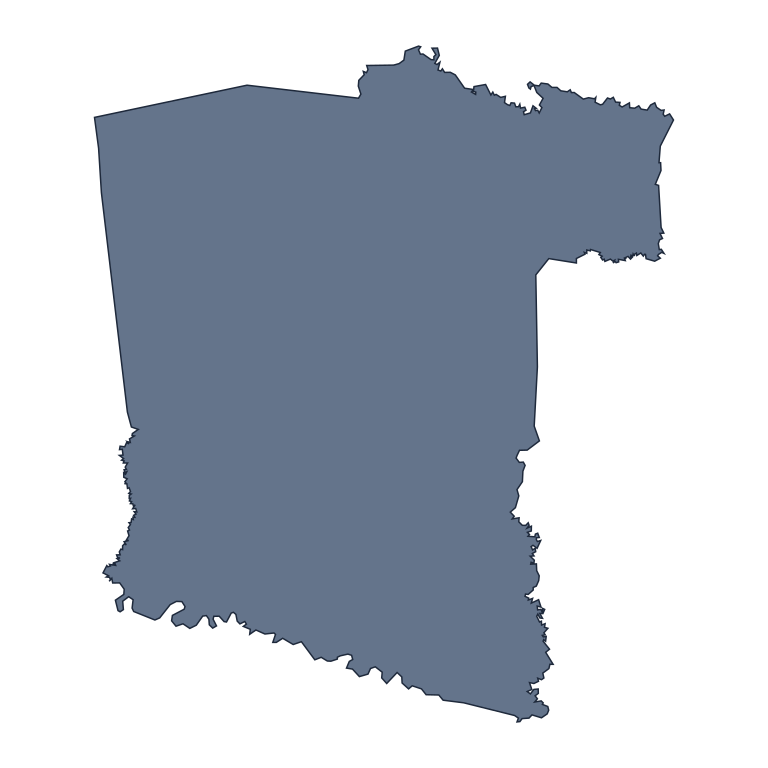 Jayapura, Papua, Indonesia (Mercator projection)
{"feature_id": "22746128B71103770185906", "entity_name": "Jayapura", "entity_type": "district", "adm_level": 2, "iso_a3": "IDN", "parent_name": "Indonesia", "parent_adm1": "Papua", "projection": "mercator", "projection_center": [140.203, -3.036], "detail": "fine", "context": "isolated", "style": "filled", "palette": "slate", "viewbox_px": 768, "rotation_deg": 0, "n_neighbors": 0, "source": "geoboundaries", "source_scale": "gbopen_adm2", "svg_char_len": 6043}
<svg xmlns="http://www.w3.org/2000/svg" viewBox="0 0 768 768"><path d="M673.5,120.0L669.6,113.9L664.7,116.3L663.2,114.2L664.1,110.0L661.1,110.4L656.6,107.3L654.8,102.8L650.6,105.0L647.2,110.1L641.1,109.1L638.8,105.8L634.7,108.2L629.7,107.7L629.4,102.9L622.1,107.0L619.3,105.3L620.0,102.4L615.6,102.1L613.3,97.3L610.4,99.0L607.5,98.0L602.6,104.3L600.3,104.8L595.1,102.2L595.8,97.4L594.5,98.8L588.6,97.7L583.3,99.1L574.2,92.5L571.4,92.6L570.2,89.8L567.3,91.8L560.8,90.8L557.0,87.4L551.9,87.4L547.9,84.0L541.2,83.1L539.1,85.9L534.3,85.2L530.1,81.9L527.5,84.3L528.9,88.0L530.4,89.1L531.1,86.6L534.0,85.5L536.8,92.5L543.1,98.3L539.4,105.0L541.9,107.6L539.2,113.0L537.7,110.2L535.5,110.6L534.5,108.7L536.2,108.3L533.0,105.8L530.4,112.9L524.2,114.7L523.5,111.7L526.0,110.2L524.8,107.2L520.5,108.1L519.8,104.2L518.5,106.7L515.8,106.8L514.5,103.1L511.1,102.8L509.8,105.5L507.4,104.6L504.5,102.6L505.4,96.3L500.7,97.4L496.1,94.4L494.3,95.2L492.8,92.1L490.9,95.0L485.6,84.5L474.0,86.6L473.4,91.3L475.8,92.1L475.6,94.4L471.4,92.0L473.4,89.5L464.6,88.2L455.3,74.9L450.3,72.3L444.6,72.4L442.4,68.8L440.8,71.0L438.0,70.0L439.9,62.2L437.0,64.5L434.8,63.4L439.3,55.4L437.5,48.1L432.0,48.2L435.9,54.7L433.9,56.5L433.9,59.8L431.0,59.6L423.0,54.0L420.4,54.2L418.5,49.8L420.7,46.8L418.6,46.1L405.3,51.1L403.9,60.1L399.1,63.6L393.7,65.1L366.7,65.5L368.0,69.6L366.5,72.7L363.3,71.4L364.2,74.7L358.8,80.3L358.3,86.1L360.9,94.1L358.5,98.2L247.0,85.2L94.5,117.4L98.6,148.3L101.4,192.5L127.4,412.1L131.4,427.0L138.3,429.4L132.4,433.5L132.0,435.5L134.3,436.0L129.5,438.9L130.3,442.4L127.2,441.6L129.1,443.8L126.5,442.8L124.7,446.8L120.1,446.2L119.5,449.6L122.3,449.3L123.0,455.1L119.4,455.4L123.6,458.6L121.6,460.2L124.1,460.9L123.3,463.0L127.6,463.0L125.2,467.1L126.4,469.4L124.1,469.7L124.9,472.5L126.8,471.7L125.5,474.3L123.7,472.9L123.8,477.3L127.2,478.8L124.9,481.7L126.1,483.2L124.4,483.7L126.9,483.8L127.5,488.4L129.1,487.8L130.5,491.5L128.8,493.4L131.2,494.0L129.3,495.4L129.2,498.5L130.6,498.3L129.4,500.9L131.6,501.7L130.4,503.6L132.8,503.8L133.6,506.6L135.2,504.7L132.6,508.8L135.7,508.5L136.8,511.9L134.2,511.7L136.0,514.1L133.6,515.3L134.8,517.3L132.9,517.2L133.3,519.5L131.6,518.9L131.1,522.5L129.0,522.7L130.4,524.6L128.2,527.6L129.5,530.0L127.6,531.0L129.0,535.7L126.4,540.0L128.7,540.5L124.1,541.7L126.3,544.9L124.4,543.9L122.6,545.8L122.6,549.6L120.9,549.1L119.3,551.9L120.2,554.8L116.6,554.9L117.6,557.6L120.0,558.0L117.0,558.6L119.7,560.8L113.4,562.9L113.0,564.6L115.1,563.8L115.7,565.4L109.5,564.4L110.4,566.0L107.8,566.8L106.8,565.6L103.0,572.9L108.4,575.7L106.4,577.0L109.4,577.3L110.5,579.3L109.2,581.3L111.8,578.3L112.7,583.0L119.7,582.9L124.2,589.2L123.8,594.4L115.4,600.2L118.0,610.6L120.1,611.8L123.4,609.6L122.7,601.2L128.7,596.7L133.1,599.7L132.1,608.1L133.7,611.5L154.9,620.0L159.7,617.9L170.2,604.6L176.4,601.4L181.9,601.6L185.0,606.5L184.2,609.2L172.4,615.4L171.6,620.8L176.0,626.2L183.0,623.8L189.8,628.4L196.3,625.2L202.7,616.1L206.4,615.6L208.9,619.2L209.3,624.8L212.7,628.1L216.5,625.9L213.1,619.2L213.8,616.3L219.2,616.2L224.1,621.6L226.5,622.0L231.2,613.1L233.4,612.3L235.9,614.4L237.2,621.1L239.9,623.9L244.8,621.5L246.4,624.1L243.3,626.4L250.3,629.3L249.7,634.3L255.9,630.0L264.9,634.0L274.0,633.0L275.5,634.4L272.8,642.4L276.3,642.4L282.7,638.3L293.2,644.5L301.4,641.7L314.8,659.8L321.2,657.3L327.3,661.0L330.9,661.2L337.3,659.1L337.4,657.2L340.4,655.8L347.9,654.1L351.6,655.3L352.7,659.5L349.3,661.4L346.5,668.1L352.5,669.1L359.4,676.6L368.0,674.1L370.5,668.5L375.3,666.8L382.2,672.2L381.7,677.9L386.7,683.5L397.1,672.5L401.8,676.9L402.1,683.0L408.6,688.9L412.2,685.8L421.5,688.9L426.1,694.7L438.8,695.0L443.1,700.2L463.7,702.8L514.6,715.5L518.4,718.1L517.0,721.9L519.9,721.6L522.1,718.6L529.0,718.1L532.0,714.9L541.5,717.8L547.2,713.9L548.7,710.2L547.8,706.5L542.4,704.4L543.2,702.9L541.2,700.9L534.7,702.0L537.4,698.8L535.1,695.8L538.3,693.4L538.2,689.0L533.9,689.4L530.4,693.9L527.2,691.5L531.8,689.5L529.5,682.6L533.9,683.5L538.5,681.3L537.7,678.2L541.5,679.7L543.9,678.0L542.8,673.1L548.9,668.6L549.9,664.3L553.1,664.3L545.7,652.3L549.5,649.2L543.1,641.2L543.7,639.6L545.6,641.2L546.2,636.5L543.3,636.9L542.3,635.4L545.2,634.8L543.9,632.8L547.9,628.3L544.5,627.3L545.1,623.7L541.6,625.0L541.4,621.2L539.5,622.0L536.7,616.2L537.8,614.1L539.9,618.0L542.5,618.3L539.8,613.4L542.9,613.6L544.7,609.4L542.6,608.4L542.4,612.6L540.9,609.4L537.6,609.9L537.2,606.1L541.0,607.1L538.6,599.7L531.3,603.1L532.6,598.4L528.3,600.0L528.7,598.1L525.0,596.3L525.5,594.1L528.2,594.4L533.2,590.0L533.2,587.5L536.3,586.1L538.7,580.6L539.2,575.8L536.7,570.7L536.4,563.9L530.7,564.2L531.1,562.3L533.9,563.2L534.3,560.2L530.2,556.2L534.0,555.9L532.3,553.5L535.7,551.7L535.2,548.3L532.6,549.9L531.1,546.6L533.0,545.3L537.1,548.3L540.7,540.5L537.4,541.5L536.3,539.5L536.4,537.8L539.3,537.5L537.7,533.2L535.4,534.1L534.8,536.8L528.0,536.3L529.5,534.5L527.4,532.3L531.3,531.0L531.4,526.2L527.1,528.1L529.1,525.3L528.2,522.8L525.7,525.4L522.3,525.3L518.8,521.8L519.1,517.8L512.2,518.9L514.2,516.2L510.3,512.1L515.4,507.7L518.8,495.9L517.0,489.6L522.4,481.7L522.9,471.2L525.1,465.4L523.3,462.1L519.3,462.4L516.1,458.1L517.0,455.6L519.5,450.3L527.2,450.1L539.4,440.9L534.2,426.1L537.4,366.9L535.8,274.9L548.8,258.6L576.4,263.0L576.4,258.5L585.0,254.2L584.3,252.4L586.8,253.3L586.8,250.0L590.3,250.9L590.5,249.5L600.3,252.5L598.9,254.6L602.1,256.2L600.8,257.4L602.6,260.0L604.2,259.2L604.9,261.4L610.4,259.1L612.9,261.1L614.5,260.3L613.1,263.0L615.0,261.4L616.1,262.7L618.7,261.9L618.4,259.3L625.3,260.6L624.5,258.4L626.4,258.4L625.0,257.8L628.0,256.4L630.5,259.1L632.3,257.2L630.6,257.0L631.0,255.2L632.6,256.1L633.1,254.0L633.8,255.3L635.0,255.6L633.8,254.7L636.4,253.1L636.8,255.5L640.8,253.0L643.3,256.1L644.5,254.3L645.5,254.4L646.1,258.7L654.7,261.2L660.3,258.2L657.6,255.8L658.5,254.4L661.7,252.4L664.0,253.4L661.3,249.3L659.3,249.6L658.3,243.5L659.6,239.8L662.5,238.5L660.0,233.4L663.8,233.1L661.1,227.5L658.6,185.4L655.3,184.3L661.0,170.5L660.6,162.7L659.0,162.7L660.3,146.1L673.5,120.0Z" fill="#64748b" stroke="#1e293b" stroke-width="1.5"/></svg>